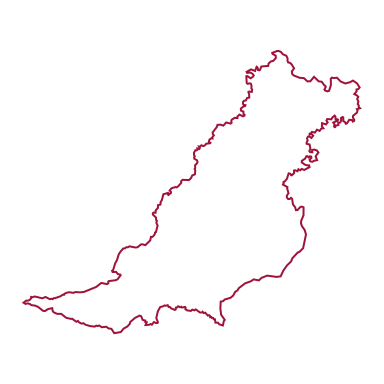 outline of Samaniego, Nariño, Colombia, rotated 91°
{"feature_id": "7082276B98763994729952", "entity_name": "Samaniego", "entity_type": "district", "adm_level": 2, "iso_a3": "COL", "parent_name": "Colombia", "parent_adm1": "Nariño", "projection": "albers", "projection_center": [-77.707, 1.393], "detail": "fine", "context": "isolated", "style": "outline", "palette": "rose", "viewbox_px": 384, "rotation_deg": 91, "n_neighbors": 0, "source": "geoboundaries", "source_scale": "gbopen_adm2", "svg_char_len": 5901}
<svg xmlns="http://www.w3.org/2000/svg" viewBox="0 0 384 384"><g transform="rotate(91 192 192)"><path d="M334.5,267.3L333.3,260.8L329.8,258.0L327.6,254.3L324.9,251.9L323.1,251.5L318.8,246.7L316.5,242.2L317.1,240.7L320.7,239.1L321.4,236.4L322.7,236.5L323.0,235.0L325.8,236.1L325.5,232.5L324.7,231.0L325.4,229.8L322.7,227.8L323.7,225.6L323.6,224.2L322.7,223.8L318.7,225.5L311.9,224.1L307.5,221.7L306.9,219.1L305.9,217.5L306.2,216.5L305.6,214.3L307.3,213.4L307.4,212.1L308.7,210.9L310.2,207.1L309.8,206.3L307.9,206.1L307.8,205.1L306.5,203.9L307.4,201.9L306.9,200.9L307.7,200.0L307.0,196.9L308.0,196.3L309.3,196.6L310.5,194.7L310.9,191.0L309.6,189.7L310.3,187.6L309.3,186.2L312.4,181.8L312.2,179.7L311.6,179.3L312.8,178.3L312.4,176.7L315.3,174.0L314.8,172.9L315.5,171.9L316.9,171.7L316.7,170.4L317.5,170.0L317.6,168.6L318.9,168.0L318.9,166.8L322.2,166.3L322.2,163.8L323.8,162.5L324.9,158.8L320.4,157.9L319.3,157.0L314.3,160.7L308.2,161.6L301.1,161.4L300.6,159.1L298.9,157.3L297.1,151.6L294.8,149.0L291.1,147.1L289.6,144.8L287.3,143.5L282.4,137.3L280.2,131.5L278.3,128.9L279.2,123.5L276.7,121.1L274.3,115.4L275.4,106.1L274.8,101.9L268.8,99.2L263.6,95.6L259.7,91.7L256.5,90.5L250.7,85.3L249.9,83.4L246.2,79.9L232.5,77.3L228.2,78.6L224.0,81.6L221.6,82.4L219.1,82.4L213.3,80.1L205.4,80.2L204.8,81.4L204.9,83.2L208.2,86.2L208.3,87.8L205.4,88.6L202.7,90.8L197.1,91.8L196.1,92.9L197.3,94.2L197.3,95.8L195.7,97.1L194.1,97.1L191.4,95.5L186.9,96.9L185.4,96.7L183.0,101.2L181.3,100.4L180.5,100.7L179.6,99.3L177.1,97.3L171.7,95.7L172.1,93.9L173.5,93.2L173.6,92.5L171.3,90.2L168.8,90.4L168.5,89.3L169.4,86.8L167.4,86.0L168.4,84.2L167.0,82.7L168.0,80.2L165.1,74.9L163.3,75.4L163.4,77.2L162.6,79.8L160.4,82.8L158.9,82.7L156.6,79.4L154.3,78.3L154.1,77.5L155.4,75.9L154.3,75.2L154.5,73.5L155.6,73.2L157.8,75.0L159.3,74.3L159.7,72.3L158.7,70.6L158.0,67.5L154.2,69.0L150.3,66.3L148.2,68.0L147.4,70.8L148.0,72.7L150.2,72.4L150.1,74.6L149.0,75.4L146.6,74.4L142.5,75.2L141.8,78.2L140.5,78.3L138.6,77.3L136.4,77.9L134.7,77.1L134.3,75.8L135.9,73.6L133.6,71.8L131.9,73.6L132.4,75.4L131.6,75.4L131.1,74.0L129.8,73.2L130.5,70.2L127.5,68.1L128.7,65.5L126.3,63.8L126.0,61.8L123.9,63.3L120.9,63.1L122.1,59.2L120.0,57.6L118.3,58.8L116.7,58.1L116.9,53.9L115.1,53.0L113.1,50.7L114.2,49.9L116.9,49.7L116.7,47.8L117.3,47.1L118.2,47.6L120.1,52.0L122.1,50.6L123.8,51.2L124.7,50.5L124.5,49.9L123.2,49.6L122.5,46.8L120.2,47.0L120.1,45.4L119.2,44.6L117.8,44.1L115.4,44.3L114.4,42.8L114.7,42.1L118.5,41.9L119.5,40.2L121.1,39.4L120.7,38.3L117.0,36.0L117.3,33.3L118.8,32.4L118.0,31.1L117.1,31.0L114.7,32.4L113.0,32.3L109.8,28.5L107.5,27.9L106.3,28.6L105.3,25.5L104.2,26.8L102.5,26.8L101.1,27.9L98.7,27.2L96.1,28.5L94.0,27.4L92.5,28.9L91.3,31.4L88.5,29.2L86.6,29.3L86.3,27.7L84.6,26.2L80.5,28.9L77.8,33.0L79.5,36.0L80.8,40.6L79.0,45.2L75.2,49.1L75.6,52.2L75.2,54.2L76.3,55.2L82.7,55.0L88.4,56.7L89.0,58.4L88.2,60.7L87.2,61.4L84.6,60.1L83.6,60.5L83.1,61.5L79.5,64.2L79.1,67.3L74.7,72.0L79.2,75.6L79.4,78.5L76.2,82.1L75.9,86.5L73.6,92.5L72.2,93.9L69.8,94.3L66.5,92.1L62.3,94.9L61.1,96.4L60.8,98.1L59.1,98.8L56.7,98.8L54.1,100.1L52.7,103.5L50.3,105.7L49.5,107.9L49.5,109.3L51.5,114.2L52.5,113.9L54.2,110.7L56.6,110.5L59.4,113.0L60.2,115.6L62.3,117.7L64.6,118.0L65.3,124.8L68.8,126.2L69.2,126.9L68.8,128.1L66.4,128.6L65.7,129.6L69.9,131.0L68.4,135.1L70.9,139.5L72.0,139.0L71.5,135.8L72.8,133.5L74.3,132.3L75.5,132.9L77.3,135.4L75.1,138.7L75.3,139.7L82.2,139.2L82.9,138.1L82.3,136.3L82.7,135.0L85.1,134.3L87.2,134.5L88.7,133.6L90.9,134.0L90.5,136.5L91.1,137.4L93.2,136.6L96.6,136.4L97.1,138.6L99.5,139.7L99.9,141.6L101.1,142.6L102.9,142.6L103.9,141.9L104.2,140.1L105.1,140.3L105.5,141.9L107.7,144.6L109.7,144.5L110.7,142.0L113.3,141.8L114.1,140.7L114.7,140.9L115.5,142.4L113.8,145.9L115.7,147.9L117.3,147.9L117.1,150.7L119.1,153.6L120.4,154.0L122.0,153.6L122.9,154.5L121.9,159.1L125.1,161.8L124.2,164.6L124.4,167.7L126.7,168.4L132.1,172.4L133.7,172.2L135.0,171.1L136.9,172.6L138.1,172.5L137.8,173.3L139.1,175.3L141.0,176.0L141.9,176.0L142.4,174.5L142.9,174.6L143.5,178.7L145.1,179.8L145.9,181.5L145.1,183.4L146.5,184.9L146.4,185.8L147.9,184.9L148.9,185.4L148.3,187.5L149.7,187.4L150.4,188.5L150.2,189.4L152.7,190.7L155.0,190.6L156.2,189.8L157.3,190.5L158.7,190.2L160.1,187.7L161.6,187.0L163.0,187.3L165.2,189.4L168.1,189.2L169.0,189.8L170.5,189.1L174.3,189.4L175.5,192.1L178.1,193.2L180.1,195.2L180.0,201.6L181.2,203.0L183.2,203.0L186.6,206.0L187.6,207.3L187.4,209.0L188.7,212.6L190.9,214.4L192.2,213.1L193.3,213.0L195.4,215.5L195.1,215.9L194.1,215.3L193.3,215.9L194.8,220.6L200.4,221.9L202.7,223.2L205.1,223.3L205.8,225.8L208.5,225.8L210.9,227.9L213.4,228.1L213.2,229.9L213.8,230.7L215.2,230.8L218.1,227.6L220.7,227.3L221.5,226.6L223.5,227.1L226.2,225.8L232.8,227.4L233.2,228.3L234.6,228.4L236.8,229.9L237.6,230.9L237.6,232.3L241.1,232.9L246.0,237.8L245.2,240.3L245.3,242.1L248.2,245.5L248.5,247.6L247.4,253.6L248.4,255.1L248.4,256.9L249.5,258.0L249.7,259.8L252.8,262.4L255.7,264.2L261.6,265.9L264.7,267.6L271.5,269.5L272.1,270.5L273.4,270.0L273.2,266.5L275.4,264.7L275.9,262.1L276.5,261.9L280.7,265.0L281.6,267.2L282.5,273.6L283.1,274.2L284.7,274.0L285.6,275.4L284.5,281.1L288.6,286.1L293.8,298.3L294.3,302.2L294.1,307.0L294.9,308.8L294.4,312.8L294.8,315.3L296.1,317.9L296.9,318.0L297.2,319.9L298.5,321.5L300.6,327.3L300.6,328.5L301.6,329.5L301.2,330.9L301.7,332.2L299.5,336.6L300.9,339.8L299.2,347.5L300.0,349.5L299.7,351.0L301.0,351.0L302.4,352.0L303.4,353.7L303.6,356.0L305.6,358.5L306.8,356.4L306.2,354.6L306.8,352.1L307.9,350.7L308.4,346.6L309.6,343.8L313.4,338.9L313.6,336.9L311.5,333.8L310.6,329.7L313.5,329.2L314.7,328.2L316.2,324.6L316.1,320.7L320.0,315.5L321.0,310.9L320.8,309.6L323.5,305.8L323.7,305.1L322.9,303.8L324.3,302.6L325.5,300.3L325.1,298.3L326.5,296.3L327.8,291.7L328.3,286.9L327.3,285.4L327.7,284.1L327.1,282.6L328.8,279.7L328.2,275.4L329.9,272.9L330.2,270.2L334.5,267.3Z" fill="none" stroke="#9f1239" stroke-width="2"/></g></svg>